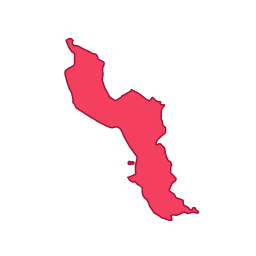 map outline of Malawi (Mercator projection), rotated 159°
{"feature_id": "MWI", "entity_name": "Malawi", "entity_type": "country or territory", "adm_level": 0, "iso_a3": "MWI", "parent_name": "Africa", "parent_adm1": "", "projection": "mercator", "projection_center": [34.097, -13.263], "detail": "fine", "context": "isolated", "style": "filled", "palette": "rose", "viewbox_px": 256, "rotation_deg": 159, "n_neighbors": 0, "source": "natural_earth", "source_scale": "50m", "svg_char_len": 2944}
<svg xmlns="http://www.w3.org/2000/svg" viewBox="0 0 256 256"><g transform="rotate(159 128 128)"><path d="M99.7,147.4L98.2,145.5L97.1,146.0L95.5,147.3L94.6,147.7L94.1,147.7L93.9,147.3L93.5,146.5L92.3,143.9L90.9,142.1L89.4,141.4L88.2,140.6L88.7,139.8L89.3,139.2L89.0,138.7L88.4,137.8L85.7,136.5L85.7,136.0L88.0,134.9L89.5,133.6L90.5,132.4L91.7,129.7L92.7,127.0L93.5,126.1L93.8,124.4L93.6,122.3L94.1,119.8L94.4,117.4L93.6,116.4L92.9,114.8L93.7,112.0L94.9,110.1L100.7,108.1L104.8,106.3L105.7,105.6L107.0,104.0L107.8,102.5L107.3,102.1L104.1,102.0L103.3,101.5L101.0,96.2L102.3,90.2L102.4,87.8L102.3,84.9L101.9,82.8L100.9,81.9L100.3,80.7L100.5,77.6L101.4,77.2L103.4,73.1L104.3,70.6L103.2,68.7L102.1,65.9L101.5,64.1L101.2,63.5L102.0,62.4L103.4,61.4L104.9,61.1L106.6,60.6L111.7,55.5L111.7,54.5L110.8,52.7L108.9,50.1L108.5,49.1L108.2,46.0L107.5,45.0L104.7,42.9L102.5,40.7L103.2,38.5L103.6,36.0L102.5,34.7L100.9,33.3L99.9,31.2L99.5,29.7L98.2,29.1L97.1,29.1L96.3,30.1L95.3,30.0L94.2,29.6L93.9,28.3L93.8,26.9L93.1,26.0L92.3,24.6L92.3,23.9L92.7,23.7L93.7,23.6L97.8,26.3L100.3,26.4L103.0,26.9L105.4,29.3L106.6,29.6L108.2,29.2L112.7,29.0L114.5,29.3L116.8,30.7L117.7,30.9L119.1,31.0L119.4,30.6L119.5,29.8L119.3,28.1L119.6,27.2L120.5,26.3L122.9,27.4L129.0,32.5L129.2,33.2L133.1,38.3L134.4,40.5L134.4,41.6L135.6,46.1L135.8,48.2L135.6,49.8L135.6,51.1L136.1,52.9L135.9,53.7L137.3,56.4L138.0,58.6L138.1,60.8L137.7,63.0L136.5,66.1L136.3,67.4L136.6,68.5L137.4,69.8L138.7,71.1L139.7,72.8L140.4,74.7L140.9,75.5L141.6,75.5L142.9,75.8L144.0,76.9L145.2,78.8L145.6,81.0L145.8,81.9L142.3,81.8L137.9,82.2L136.8,83.0L136.5,84.9L135.1,88.7L134.4,90.2L132.8,92.8L130.5,96.4L130.0,97.6L130.1,98.8L131.4,103.8L132.8,109.1L133.3,111.1L134.3,118.1L134.9,123.0L134.9,125.9L135.4,129.8L136.7,131.9L138.0,133.2L142.9,134.0L144.4,135.0L147.2,137.4L153.4,144.3L156.7,148.7L159.7,152.5L165.0,159.7L169.1,165.3L169.6,170.5L170.3,171.3L168.9,175.1L168.0,181.4L168.7,185.6L168.4,192.7L167.6,200.3L166.7,203.0L165.5,204.1L162.6,204.9L156.3,205.8L155.3,206.7L154.5,208.2L153.2,211.7L151.7,215.2L151.2,216.8L151.5,217.1L152.9,218.9L154.2,223.5L154.5,231.5L154.0,232.1L152.1,232.4L150.1,232.3L149.3,231.9L148.6,231.0L148.0,229.3L149.3,228.1L149.8,226.0L149.0,224.3L147.3,223.9L145.1,222.2L140.5,216.9L136.7,213.2L134.5,210.2L132.2,208.9L131.5,208.2L131.0,206.9L131.0,205.0L131.2,203.6L130.5,202.1L128.2,199.7L127.1,198.4L127.1,196.8L128.0,195.3L130.0,193.4L131.5,189.6L132.0,187.2L134.8,182.3L135.2,178.0L135.2,174.6L135.1,172.1L134.4,166.9L133.9,163.3L130.5,158.6L129.3,158.1L126.1,158.6L123.3,159.2L121.9,160.2L119.8,160.3L114.3,161.1L112.6,161.4L111.6,162.3L111.1,162.5L107.6,158.8L104.6,154.9L100.7,148.2L99.7,147.4ZM139.5,96.2L138.6,96.4L138.0,95.9L138.1,94.5L138.5,93.4L139.4,93.3L140.0,93.5L140.5,94.0L140.5,94.8L140.2,95.6L139.5,96.2ZM137.5,93.6L136.9,95.0L135.8,95.0L134.8,93.7L135.2,92.7L136.1,92.4L137.0,92.8L137.5,93.6Z" fill="#f43f5e" stroke="#9f1239" stroke-width="1.5"/></g></svg>